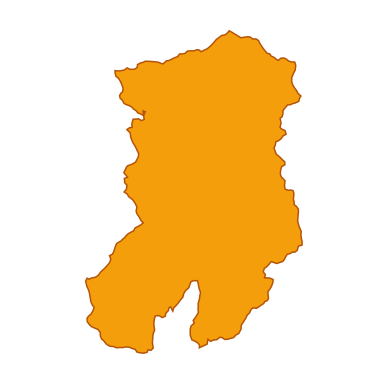 Juquiá, São Paulo, Brazil (Robinson projection), rotated 173°
{"feature_id": "56859067B43300961500211", "entity_name": "Juquiá", "entity_type": "district", "adm_level": 2, "iso_a3": "BRA", "parent_name": "Brazil", "parent_adm1": "São Paulo", "projection": "robinson", "projection_center": [-47.643, -24.216], "detail": "fine", "context": "isolated", "style": "filled", "palette": "amber", "viewbox_px": 384, "rotation_deg": 173, "n_neighbors": 0, "source": "geoboundaries", "source_scale": "gbopen_adm2", "svg_char_len": 4424}
<svg xmlns="http://www.w3.org/2000/svg" viewBox="0 0 384 384"><g transform="rotate(173 192 192)"><path d="M253.6,321.9L253.8,319.1L253.3,316.0L251.3,314.0L249.8,311.1L248.5,307.0L247.8,303.4L248.5,300.1L250.7,298.6L252.1,296.5L251.9,293.8L249.8,291.4L248.8,288.4L247.0,287.0L244.7,285.9L241.6,283.9L239.9,281.5L237.6,279.5L236.2,277.2L233.5,275.7L230.7,273.7L230.6,269.9L233.5,269.0L236.0,271.1L241.6,271.4L243.5,266.8L243.5,263.4L246.2,263.4L249.0,261.9L247.6,260.0L246.1,258.2L246.2,254.1L245.3,250.3L244.4,247.6L243.2,245.1L242.2,242.6L241.5,240.1L240.2,236.4L241.1,233.3L244.4,228.5L247.9,227.0L252.7,225.9L254.3,224.2L255.7,221.9L257.3,219.4L255.8,217.2L254.2,214.5L257.5,213.7L257.6,209.3L255.8,206.7L256.7,202.8L259.4,200.3L256.5,197.9L255.4,195.0L253.4,193.2L251.7,191.3L250.0,188.2L248.5,183.9L249.8,179.8L249.4,177.3L247.7,174.1L246.1,169.8L244.1,167.4L246.9,165.6L249.7,164.4L252.8,163.3L254.7,160.6L257.1,159.7L260.4,158.4L263.0,156.4L264.6,154.8L266.6,153.6L268.5,152.0L271.2,151.0L273.3,149.8L275.1,146.4L277.1,142.0L278.7,139.9L281.6,138.9L280.8,135.4L282.1,132.3L284.6,129.8L288.0,126.9L292.5,123.7L295.0,120.8L298.1,119.2L302.7,118.8L304.8,118.0L306.7,119.2L308.4,116.5L307.9,111.3L306.9,108.3L306.2,105.1L306.0,102.0L305.9,98.9L305.7,95.4L304.6,91.7L303.2,89.7L304.5,86.6L307.0,83.2L309.5,81.6L311.5,79.6L311.8,76.1L310.1,73.0L308.3,70.7L304.7,68.5L302.1,67.1L300.2,63.7L300.5,60.0L299.5,56.9L297.8,55.2L295.6,51.5L292.3,48.9L288.7,48.2L286.1,46.6L282.2,46.4L279.3,46.0L276.6,46.3L272.9,45.5L270.3,43.9L267.5,42.7L266.1,39.8L263.1,38.7L259.5,37.9L256.2,38.3L254.7,40.7L252.0,39.9L249.6,41.7L249.6,47.9L248.8,51.5L248.3,54.3L247.5,56.6L245.9,59.6L246.0,62.4L245.9,66.5L244.6,71.0L243.5,73.5L239.7,73.3L236.8,71.0L233.7,71.9L232.7,74.9L229.9,77.1L229.2,79.6L227.3,80.7L225.6,76.1L224.2,79.2L220.8,82.0L218.6,84.1L216.1,86.8L213.9,88.7L212.6,92.1L210.4,94.9L206.8,97.4L205.3,100.6L203.9,103.1L201.5,103.8L197.4,103.3L197.0,100.2L196.8,95.8L195.8,91.3L196.9,87.9L197.6,85.1L199.5,80.5L199.7,78.0L200.3,74.9L200.3,71.8L201.9,69.5L203.9,67.0L206.5,64.4L205.7,61.6L209.1,59.3L210.4,56.3L211.2,50.3L210.2,45.3L206.8,43.2L204.7,41.6L203.2,39.1L203.7,36.5L200.0,37.7L195.5,39.2L194.1,43.9L191.8,41.5L189.0,42.4L185.3,42.4L182.2,44.4L179.7,43.8L177.6,41.7L174.9,41.5L168.5,42.4L165.7,44.8L162.9,45.8L160.1,49.8L159.3,53.8L156.6,57.0L154.1,60.1L152.0,63.3L149.7,64.9L147.9,67.9L145.8,69.6L142.1,68.7L139.1,70.2L136.6,71.6L134.5,72.5L133.0,74.5L130.7,74.9L129.1,76.8L129.0,79.6L129.0,83.4L125.8,87.0L124.0,89.8L122.6,92.7L122.2,95.3L125.3,97.1L127.5,97.5L130.5,98.0L129.2,101.0L131.0,104.0L129.6,107.3L127.0,108.7L124.8,110.4L121.9,113.3L116.6,110.7L113.3,111.4L110.4,112.0L108.5,113.8L106.7,116.6L105.0,118.6L102.6,118.8L99.7,120.0L96.9,119.9L94.7,121.3L92.9,125.4L89.3,125.8L88.8,129.4L89.1,132.3L89.1,136.4L88.4,139.5L89.1,141.9L90.0,145.3L90.7,150.2L89.9,154.4L88.8,159.3L88.5,161.9L90.1,165.0L92.2,167.0L91.8,169.8L92.3,172.1L91.8,174.5L91.0,178.0L91.5,181.0L93.7,181.9L96.5,182.0L99.2,183.5L99.5,186.6L98.9,189.4L98.3,191.8L99.9,194.1L101.4,195.8L102.2,198.8L101.5,202.4L100.0,206.2L96.5,207.7L96.3,210.7L98.2,212.8L100.5,215.9L103.8,219.3L104.6,222.8L105.2,225.5L103.7,228.2L102.7,231.5L99.6,232.5L96.8,234.2L95.0,236.5L91.5,237.9L92.2,241.7L95.1,243.4L96.8,245.3L95.2,249.5L95.6,254.4L93.4,255.7L92.3,258.3L91.7,261.8L88.9,264.6L86.4,266.8L83.8,266.6L81.6,267.4L78.6,267.8L75.0,269.0L73.7,272.1L72.2,274.0L74.7,276.8L75.8,279.8L77.4,282.6L79.0,286.1L79.6,289.9L79.0,293.5L77.0,297.1L74.7,300.5L73.6,304.9L74.2,308.5L77.3,308.9L80.1,310.2L82.7,312.9L84.9,313.9L87.8,313.9L90.1,312.1L92.0,313.3L94.5,315.9L96.8,317.2L97.9,319.5L100.6,320.7L103.0,324.3L104.9,327.8L106.4,330.8L107.5,334.2L109.9,336.2L113.0,336.4L115.1,338.5L117.6,339.3L120.4,339.3L124.6,339.1L127.6,341.5L130.3,343.6L132.7,345.5L135.4,347.5L137.4,345.6L140.1,343.9L143.4,343.8L146.1,342.2L149.4,340.3L151.5,338.3L153.6,336.5L155.7,334.7L159.5,332.3L163.0,331.2L165.7,330.1L168.1,332.4L170.3,332.5L173.0,331.8L176.0,332.3L179.4,332.4L182.0,330.5L184.5,330.2L187.6,330.5L189.8,328.1L192.6,327.5L195.7,326.4L198.6,325.4L201.7,325.2L205.2,322.6L207.5,323.7L209.8,325.0L214.9,326.2L218.6,326.9L222.5,327.5L224.9,326.6L227.7,326.3L230.6,325.1L231.2,322.3L234.2,320.8L238.7,321.4L241.3,323.1L244.3,321.3L247.8,321.1L250.7,321.1L253.6,321.9ZM230.7,273.7L230.7,278.4L228.6,277.4L230.7,273.7Z" fill="#f59e0b" stroke="#b45309" stroke-width="1.5"/></g></svg>